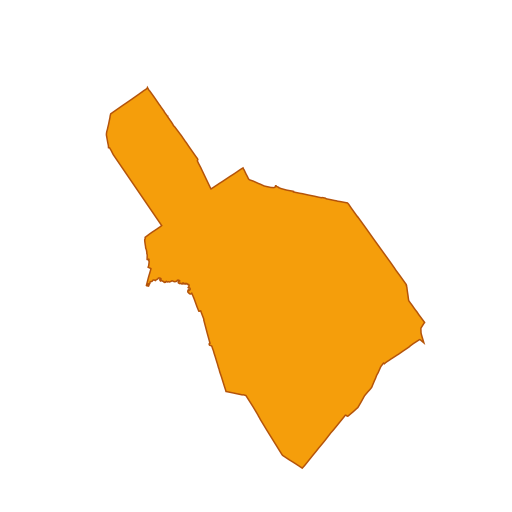 Cujmir, Mehedinti, Romania, rotated 235°
{"feature_id": "2599482B72848600884010", "entity_name": "Cujmir", "entity_type": "district", "adm_level": 2, "iso_a3": "ROU", "parent_name": "Romania", "parent_adm1": "Mehedinti", "projection": "orthographic", "projection_center": [22.937, 44.205], "detail": "fine", "context": "isolated", "style": "filled", "palette": "amber", "viewbox_px": 512, "rotation_deg": 235, "n_neighbors": 0, "source": "geoboundaries", "source_scale": "gbopen_adm2", "svg_char_len": 5928}
<svg xmlns="http://www.w3.org/2000/svg" viewBox="0 0 512 512"><g transform="rotate(235 256 256)"><path d="M230.0,361.6L231.5,361.6L241.3,361.5L245.2,361.6L246.7,361.4L247.1,361.3L248.4,360.0L252.5,356.0L253.7,354.7L254.0,354.3L254.5,354.0L255.1,353.5L256.7,351.9L259.3,349.5L262.3,346.6L262.9,346.2L263.6,346.0L265.5,344.2L266.0,343.6L266.1,343.1L268.6,340.7L271.2,338.4L276.3,333.5L280.6,329.6L282.3,327.8L287.0,323.4L287.4,323.8L287.9,323.4L292.4,318.9L297.0,315.1L299.0,313.8L299.3,313.9L299.8,313.6L301.2,312.7L301.6,312.4L302.0,312.7L302.3,312.3L301.8,311.7L301.5,311.1L301.5,310.9L301.6,310.6L301.7,310.3L301.7,309.9L303.7,307.4L308.6,302.9L312.4,300.7L314.0,299.6L318.8,296.8L322.1,294.4L322.7,294.2L323.7,294.1L325.8,294.5L329.2,294.9L333.1,295.6L333.8,295.7L334.5,295.6L335.6,295.9L335.8,293.2L335.9,284.3L336.1,280.8L336.3,271.2L336.5,267.4L336.5,266.2L336.7,258.1L336.8,257.6L338.4,257.8L358.8,261.2L359.8,261.4L364.6,262.0L367.6,262.5L368.2,263.5L368.5,263.7L369.4,263.9L372.1,263.8L379.0,263.8L380.4,263.8L384.7,263.8L388.7,263.9L390.7,263.8L397.8,263.9L399.2,263.8L402.8,263.7L405.1,263.6L408.3,263.5L409.4,263.3L410.0,263.2L410.4,263.2L411.6,263.4L413.8,263.5L420.9,263.5L421.1,263.8L421.3,263.6L426.6,263.5L427.4,263.7L433.1,263.6L433.7,263.7L435.1,263.6L444.8,263.7L452.2,263.6L453.2,263.4L456.3,263.7L456.0,263.3L455.8,263.1L455.7,261.5L455.8,259.1L455.7,251.0L455.7,249.9L455.7,241.2L455.8,232.9L455.8,228.6L455.8,226.1L455.8,218.5L454.3,216.8L453.3,215.9L448.1,210.4L446.1,208.1L445.5,207.5L444.8,206.7L443.5,205.1L442.9,204.5L441.7,203.4L440.6,202.7L433.9,199.6L430.9,198.3L429.7,197.5L429.3,197.3L428.7,198.1L425.7,197.9L421.7,197.3L420.6,197.2L344.7,196.3L335.0,196.2L334.9,194.4L335.0,187.5L335.1,185.0L335.1,181.9L335.0,179.1L334.9,175.9L333.8,175.2L333.4,174.5L333.1,174.1L331.8,173.3L328.9,171.8L327.4,171.1L325.8,170.2L323.9,169.7L321.5,168.6L321.1,168.3L320.5,167.9L319.4,167.6L315.6,164.8L314.7,165.5L314.6,165.8L314.9,166.3L314.7,166.4L314.2,166.0L314.0,165.8L313.5,165.4L312.7,165.3L309.7,162.6L308.7,161.2L306.0,162.7L305.5,162.3L303.0,159.2L300.3,155.8L294.7,149.3L294.4,149.4L294.5,150.1L294.4,150.3L294.2,150.5L293.6,150.3L293.4,150.2L293.1,150.4L293.0,150.8L293.1,151.1L293.4,151.3L293.6,151.7L294.0,151.6L294.3,151.2L294.6,151.2L294.8,151.5L295.0,151.8L295.0,152.0L294.2,152.5L294.3,153.2L295.4,154.2L295.5,154.5L295.4,154.9L295.4,155.2L295.1,155.6L294.9,156.0L294.9,156.3L295.1,157.1L295.3,157.6L295.1,158.3L294.8,158.7L294.2,159.2L293.7,159.4L293.5,159.6L293.7,160.0L293.8,160.9L293.6,161.3L293.6,161.9L293.5,162.4L293.8,163.0L293.9,163.4L293.7,163.9L293.4,164.3L292.8,164.8L292.3,165.1L291.8,165.1L291.6,165.0L291.3,164.8L291.3,164.6L291.7,164.5L291.8,164.4L292.0,163.9L291.6,163.5L291.1,163.4L290.6,163.4L290.2,163.5L290.2,163.9L290.0,164.3L289.6,164.8L289.3,164.9L289.1,165.0L288.8,165.1L288.1,165.7L287.8,165.7L287.2,165.6L286.9,165.8L286.9,166.1L286.8,166.5L286.5,166.5L286.4,166.7L286.7,167.6L286.7,167.9L286.6,168.1L286.1,168.1L285.6,168.4L285.3,169.4L284.4,170.1L284.3,170.4L283.9,171.9L284.0,172.4L283.5,173.3L282.4,173.9L281.4,174.8L281.4,175.2L281.0,175.8L281.0,176.1L281.0,176.6L280.8,176.7L280.9,177.5L281.2,177.7L281.1,178.2L280.9,178.5L279.8,179.2L279.5,179.2L279.7,178.6L279.7,178.3L279.2,178.2L279.2,177.7L278.9,177.1L278.6,177.0L278.4,177.0L277.6,177.5L277.3,177.5L277.1,177.8L277.1,178.1L277.0,178.4L276.9,178.7L276.3,178.7L276.1,178.8L275.7,179.2L275.8,179.3L275.7,179.5L275.3,179.9L275.4,180.1L275.5,180.3L275.8,180.2L275.9,180.3L275.8,180.7L275.6,181.0L275.4,181.1L275.2,181.2L274.3,181.0L274.2,181.2L274.2,182.2L274.0,182.5L273.8,182.6L273.4,182.4L273.2,182.4L273.1,182.7L273.1,182.9L273.2,183.1L273.3,183.4L273.0,183.6L272.7,183.5L272.4,183.8L272.1,183.9L272.0,184.0L271.7,183.8L271.2,184.0L271.1,184.3L270.8,184.5L270.1,184.2L269.8,183.9L269.2,183.1L269.2,182.4L268.8,182.3L268.4,182.4L268.2,182.8L268.3,183.0L267.9,183.3L267.5,183.4L266.6,183.1L266.4,182.5L266.2,182.4L266.2,181.7L266.1,181.4L266.2,181.2L266.4,181.0L266.7,181.4L266.9,181.5L267.0,181.4L267.1,181.2L267.0,180.8L266.3,179.9L265.4,179.5L263.6,179.8L263.3,180.1L262.8,180.1L262.4,180.7L262.1,181.3L262.3,182.0L260.6,181.7L256.5,180.8L248.1,178.5L243.6,177.5L243.4,177.6L242.8,179.2L234.1,177.0L233.5,176.5L231.1,175.6L221.1,171.9L211.0,168.3L211.1,168.1L211.1,167.7L211.0,167.4L210.7,167.1L210.3,166.9L209.9,166.8L209.4,166.9L208.9,167.3L208.4,167.7L207.8,168.0L207.3,168.0L206.8,167.9L205.3,167.4L202.9,166.8L200.1,165.8L196.8,164.8L191.0,162.9L190.2,162.7L186.0,161.2L184.7,160.9L181.8,159.8L176.9,158.4L166.6,155.1L163.9,154.3L162.2,153.7L161.0,154.9L150.2,165.0L149.4,166.2L147.5,167.7L134.0,167.1L124.6,166.4L123.6,166.2L120.9,166.0L119.7,165.8L107.8,165.0L79.0,163.4L77.5,163.4L70.3,166.2L63.3,169.2L55.7,172.2L56.6,176.1L59.8,187.0L61.7,193.8L62.8,197.4L64.1,202.3L65.5,207.2L67.3,212.9L67.5,213.7L67.8,214.5L68.2,215.7L69.1,219.6L74.0,236.8L74.3,237.5L74.3,238.0L73.9,238.4L72.6,238.8L72.2,239.2L72.1,239.7L72.8,247.3L73.0,248.9L73.1,249.8L73.2,250.0L73.4,252.4L73.7,253.1L74.9,255.7L76.0,258.1L79.2,264.6L79.5,265.6L80.6,269.7L80.8,270.7L81.3,272.9L82.0,275.3L82.9,276.8L83.5,277.6L83.7,278.0L86.1,281.8L87.2,283.7L89.0,286.3L89.9,288.1L90.3,289.0L93.6,294.4L94.0,295.3L94.6,297.3L95.0,298.4L95.0,298.7L95.1,299.0L94.1,299.3L94.3,301.0L94.3,303.2L94.2,304.8L94.2,307.4L94.1,309.3L93.9,315.2L93.8,316.1L93.8,317.6L93.8,322.5L93.7,326.4L93.7,329.0L93.7,329.9L93.9,330.5L94.0,334.7L93.8,339.8L93.7,342.0L93.3,342.4L93.0,342.6L91.9,342.8L88.6,343.7L95.8,346.1L97.7,346.8L98.2,347.0L101.5,349.1L102.3,349.7L104.6,355.1L104.7,355.9L105.0,356.0L114.9,355.7L117.9,355.8L120.8,355.6L127.2,355.6L128.8,355.5L131.7,355.5L132.3,355.7L134.3,356.7L136.2,357.7L141.2,360.2L144.0,361.7L145.6,362.2L145.8,362.3L145.8,362.5L146.1,362.5L146.5,362.7L157.8,362.6L164.1,362.4L166.7,362.5L173.8,362.5L201.5,362.1L217.1,362.0L230.0,361.8L230.0,361.6Z" fill="#f59e0b" stroke="#b45309" stroke-width="1.5"/></g></svg>